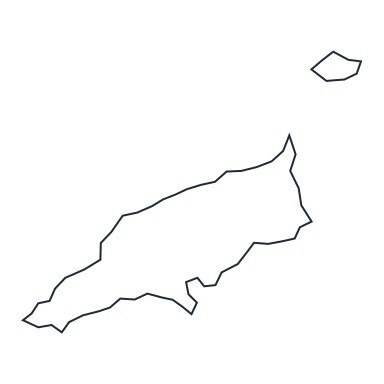 the district of Fernando de Noronha, Rio Grande do Norte, Brazil
{"feature_id": "56859067B68153873864864", "entity_name": "Fernando de Noronha", "entity_type": "district", "adm_level": 2, "iso_a3": "BRA", "parent_name": "Brazil", "parent_adm1": "Rio Grande do Norte", "projection": "mercator", "projection_center": [-32.422, -3.844], "detail": "fine", "context": "isolated", "style": "outline", "palette": "slate", "viewbox_px": 384, "rotation_deg": 0, "n_neighbors": 0, "source": "geoboundaries", "source_scale": "gbopen_adm2", "svg_char_len": 910}
<svg xmlns="http://www.w3.org/2000/svg" viewBox="0 0 384 384"><path d="M283.2,241.1L294.7,238.5L299.9,227.2L311.6,221.6L301.3,205.3L298.7,188.3L290.2,170.9L295.6,154.4L289.3,135.4L283.2,150.9L271.7,161.3L256.6,167.1L241.3,170.9L226.5,171.6L215.0,181.8L201.2,184.8L187.1,189.1L174.6,194.9L163.1,199.4L152.3,206.0L137.2,212.6L122.7,215.7L111.4,231.9L100.8,243.0L100.4,259.7L84.1,269.6L65.3,277.8L55.0,288.7L49.6,300.9L38.3,303.3L31.7,313.4L23.0,320.2L38.3,327.3L51.5,325.0L61.8,332.3L69.1,322.1L83.0,315.3L98.7,311.3L110.0,307.5L120.3,298.6L134.7,299.5L147.4,293.6L161.5,297.4L172.7,299.8L181.9,306.3L191.5,314.1L196.9,302.6L188.5,294.3L186.1,282.1L197.4,277.8L204.2,286.3L215.5,285.1L221.6,272.4L237.8,264.0L247.5,251.5L254.0,242.8L268.1,243.9L283.2,241.1ZM344.5,79.5L356.7,73.6L361.0,61.4L348.3,59.8L333.2,51.7L322.2,60.2L311.4,69.4L326.4,80.9L344.5,79.5Z" fill="none" stroke="#1e293b" stroke-width="2"/></svg>